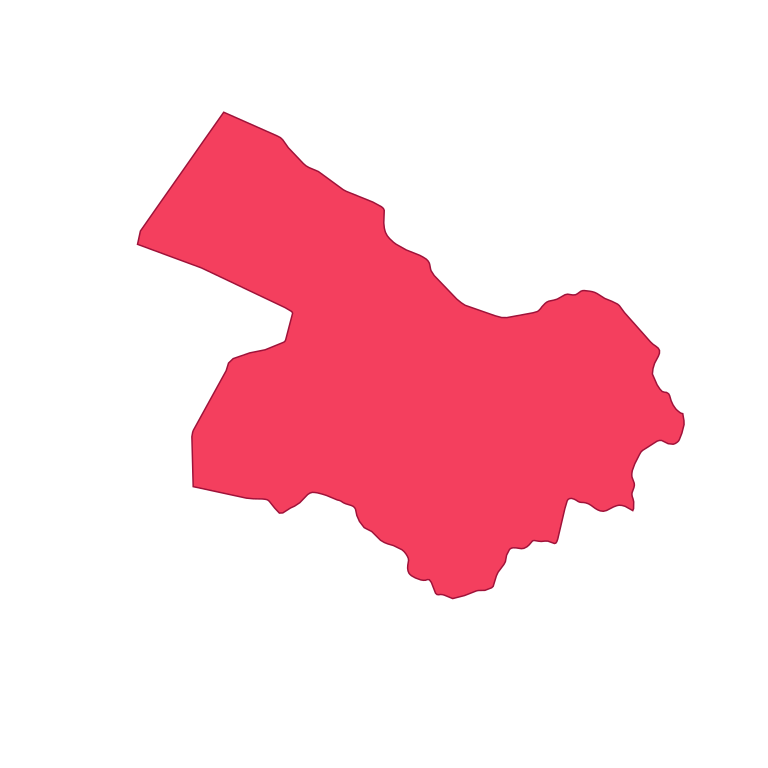 outline of Bayanhongor, rotated 118°
{"feature_id": "MNG-3317", "entity_name": "Bayanhongor", "entity_type": "Province", "adm_level": 1, "iso_a3": "MNG", "parent_name": "Mongolia", "parent_adm1": "", "projection": "natural_earth1", "projection_center": [99.6, 45.149], "detail": "fine", "context": "isolated", "style": "filled", "palette": "rose", "viewbox_px": 768, "rotation_deg": 118, "n_neighbors": 0, "source": "natural_earth", "source_scale": "10m", "svg_char_len": 3345}
<svg xmlns="http://www.w3.org/2000/svg" viewBox="0 0 768 768"><g transform="rotate(118 384 384)"><path d="M363.3,670.9L327.3,666.5L291.3,662.0L255.3,657.6L219.3,653.1L215.1,594.5L215.1,591.1L215.9,588.1L220.3,579.4L227.2,558.7L228.0,555.2L228.1,551.8L227.2,541.7L231.6,511.1L231.6,507.7L228.6,479.2L228.7,469.3L229.3,466.9L230.6,465.3L241.9,459.8L246.2,456.9L248.1,455.2L249.5,453.8L251.6,450.7L253.0,447.3L254.4,442.2L254.9,438.9L255.2,427.4L253.6,412.9L253.6,409.2L253.9,405.3L254.7,402.8L256.0,400.7L257.3,399.5L260.7,396.8L261.9,395.6L264.7,390.6L274.9,359.5L276.0,353.8L276.4,349.3L271.6,318.0L270.1,311.4L267.7,306.7L251.2,285.9L248.0,282.6L246.6,281.9L244.2,281.2L241.5,280.8L237.2,279.6L235.2,278.7L233.4,277.3L230.1,273.3L227.7,270.9L220.2,266.1L218.5,264.1L216.7,259.0L215.3,256.8L213.5,255.6L209.6,253.7L208.3,252.4L207.5,251.1L205.5,246.0L204.7,243.5L204.2,240.9L204.1,238.2L204.8,229.2L204.0,221.6L203.8,215.3L204.3,213.0L208.1,205.1L221.7,168.5L222.6,165.2L223.0,161.8L223.6,158.7L225.0,156.5L227.6,155.2L230.6,154.8L238.7,154.8L244.2,153.7L249.2,151.7L256.5,142.5L258.9,138.1L260.0,134.9L259.6,132.6L258.8,130.6L259.0,128.1L260.2,126.3L264.0,122.6L266.7,119.1L268.1,116.5L269.2,114.2L269.7,112.3L270.3,109.2L270.3,108.1L270.2,107.3L269.9,106.3L275.6,101.9L279.0,100.0L287.6,97.9L294.6,97.1L296.1,97.2L297.6,97.7L299.0,98.4L300.2,99.2L301.4,100.4L303.3,105.1L303.5,112.3L304.5,114.3L306.2,116.0L321.2,124.5L323.5,125.2L326.2,125.3L336.8,125.1L343.9,124.1L346.5,123.2L348.0,122.5L349.7,121.4L354.1,116.5L355.8,115.4L358.1,114.7L363.7,113.9L365.4,113.1L366.9,111.9L368.5,110.2L370.8,108.2L376.9,105.1L379.0,104.9L378.8,113.6L379.5,116.9L380.7,119.6L382.1,121.3L384.7,123.6L391.2,128.1L393.4,130.6L394.5,133.5L394.8,136.2L394.7,139.0L393.9,144.5L393.8,147.3L394.3,150.3L395.0,152.3L396.0,154.4L396.5,156.0L396.6,157.6L396.4,159.6L396.4,161.9L396.9,164.6L398.0,166.3L399.5,167.3L401.2,167.4L409.1,165.8L439.3,157.8L442.1,157.4L443.8,157.6L444.8,158.6L445.8,165.5L447.1,168.1L449.2,171.2L450.3,173.9L451.6,177.8L452.4,178.9L453.2,179.3L457.8,180.3L460.5,181.3L463.4,183.3L464.9,185.4L466.7,190.5L468.0,193.1L469.2,194.5L471.0,195.5L477.6,195.4L483.9,193.4L487.0,193.4L496.6,194.9L500.6,194.7L511.4,192.6L513.4,193.3L518.8,198.0L522.0,203.7L523.1,205.1L533.0,213.6L541.2,222.6L542.1,231.5L542.5,233.4L543.3,235.3L544.4,236.8L545.0,238.4L544.5,240.3L537.0,249.0L535.5,252.1L536.4,254.0L537.7,255.1L538.8,257.0L539.7,259.5L540.5,265.2L540.4,269.8L539.9,271.8L539.3,273.2L537.8,275.0L535.5,276.7L532.9,277.9L528.2,279.5L526.4,280.8L524.9,282.8L523.6,285.1L522.5,287.7L521.9,290.4L522.2,299.8L523.4,305.6L523.8,309.3L523.6,313.7L520.0,325.6L520.1,331.4L520.1,334.1L516.9,341.1L512.9,346.2L507.9,350.4L507.0,351.9L506.5,353.7L506.6,355.8L507.7,361.5L507.9,364.0L507.6,367.4L507.8,368.9L508.3,370.8L509.4,382.5L510.2,386.8L511.4,391.8L512.3,394.2L513.3,396.4L515.1,398.2L517.4,399.5L528.3,402.6L533.8,405.6L537.3,408.3L545.3,412.8L547.1,415.8L544.9,422.2L541.6,429.8L541.2,431.0L541.0,432.6L541.5,434.6L542.6,437.4L546.7,445.5L549.4,452.0L564.2,504.3L520.7,528.9L516.4,530.3L514.3,530.6L446.4,529.6L438.5,531.1L432.4,529.1L419.5,517.1L409.6,505.0L394.6,492.5L393.4,491.7L392.2,491.5L391.0,491.6L364.5,497.9L363.7,498.7L363.3,500.2L363.0,507.2L367.2,599.7L376.4,667.2L363.3,670.9Z" fill="#f43f5e" stroke="#9f1239" stroke-width="1.5"/></g></svg>